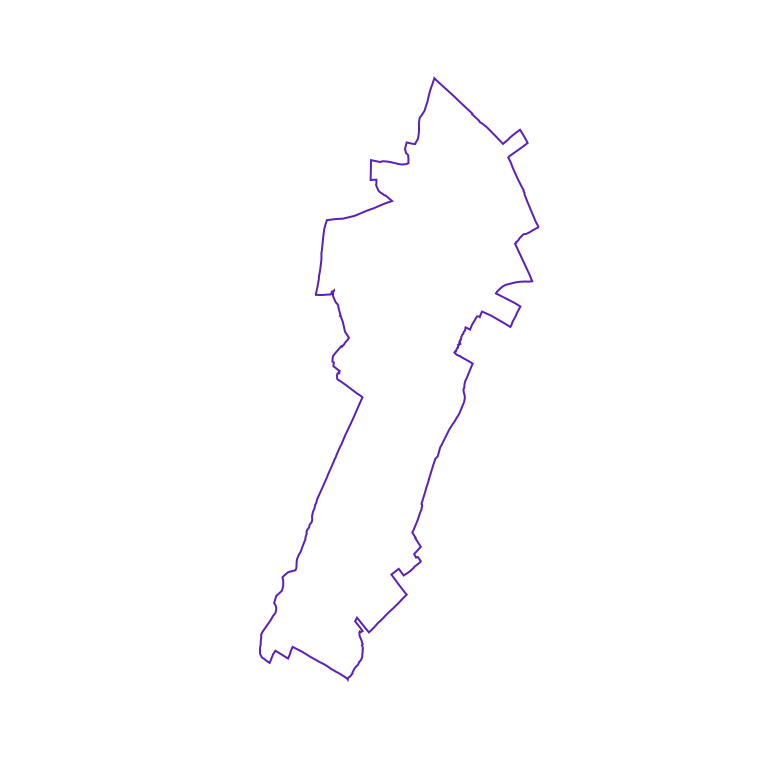 the district of Vutcani, Vaslui, Romania, rotated 234°
{"feature_id": "2599482B53104310937331", "entity_name": "Vutcani", "entity_type": "district", "adm_level": 2, "iso_a3": "ROU", "parent_name": "Romania", "parent_adm1": "Vaslui", "projection": "equal_earth", "projection_center": [27.986, 46.445], "detail": "fine", "context": "isolated", "style": "outline", "palette": "violet", "viewbox_px": 768, "rotation_deg": 234, "n_neighbors": 0, "source": "geoboundaries", "source_scale": "gbopen_adm2", "svg_char_len": 6142}
<svg xmlns="http://www.w3.org/2000/svg" viewBox="0 0 768 768"><g transform="rotate(234 384 384)"><path d="M601.8,604.4L601.3,603.9L594.5,594.1L591.0,589.8L586.6,584.8L585.3,582.8L581.3,577.5L579.5,573.1L578.6,570.1L578.2,569.2L577.7,568.6L574.9,565.9L569.3,561.9L566.8,559.9L562.9,556.2L562.4,555.5L560.6,551.6L559.8,550.4L561.0,548.8L566.1,544.3L561.6,538.9L560.3,538.7L558.3,537.6L555.8,538.0L554.8,538.0L551.3,535.8L548.3,533.5L549.0,530.8L551.0,527.6L554.0,524.4L554.9,523.9L555.6,523.3L560.2,519.2L562.5,516.9L565.0,513.8L565.3,513.1L565.8,511.4L572.7,505.1L556.9,493.1L555.0,496.1L553.7,497.9L550.1,495.2L550.0,494.8L548.5,494.2L544.0,493.2L541.9,493.4L537.5,495.0L536.4,495.2L535.9,495.6L535.8,496.0L527.3,498.1L527.8,496.4L527.9,495.4L528.3,494.9L529.7,490.1L532.2,479.1L534.4,471.6L536.7,461.5L537.5,458.6L541.8,448.2L546.4,440.9L549.0,436.1L550.1,434.2L547.1,429.9L544.6,426.9L539.2,421.7L528.6,412.3L526.8,410.4L522.2,407.1L521.0,406.1L513.2,398.8L510.7,396.2L510.1,395.3L506.9,392.7L501.1,386.6L496.7,381.6L496.6,380.8L496.7,380.6L495.0,382.8L494.1,383.8L491.5,387.6L489.1,391.6L487.8,393.3L487.8,394.1L489.3,395.9L489.4,396.3L488.9,397.5L489.1,398.6L488.9,398.5L488.3,397.0L487.4,396.2L485.2,394.5L479.4,393.1L477.3,393.1L475.8,393.3L474.4,393.1L471.8,391.7L465.4,389.3L465.0,388.6L464.7,389.0L459.7,387.5L459.0,387.4L449.2,383.2L441.9,382.8L441.6,381.5L441.2,380.9L440.3,376.6L439.5,375.1L438.9,372.2L439.6,372.3L439.7,371.8L437.6,362.7L436.5,359.1L435.4,357.9L432.5,355.5L430.9,356.1L428.2,353.5L420.7,355.7L420.7,355.2L420.0,354.2L419.2,354.4L418.9,354.1L419.0,353.7L419.6,353.4L419.8,353.1L419.5,352.0L417.9,350.4L415.6,349.2L415.1,349.1L413.8,349.5L412.8,350.1L408.5,351.6L391.3,356.9L389.2,357.8L385.9,358.8L380.8,349.9L373.2,337.0L372.7,335.9L371.6,334.2L370.6,332.1L367.4,326.3L365.9,323.5L361.1,315.5L360.0,313.9L359.4,312.3L355.0,304.7L352.7,301.2L352.3,300.1L350.6,297.5L344.8,287.5L344.1,286.1L342.5,283.8L336.9,274.2L330.0,262.1L329.2,261.1L327.7,259.4L327.1,258.4L327.0,257.8L326.2,256.8L324.0,254.4L322.5,251.6L322.1,251.1L321.3,250.3L319.6,248.3L316.5,246.2L315.6,245.4L314.6,243.9L313.9,241.3L313.6,240.7L312.2,239.4L311.8,238.5L311.4,236.9L310.8,235.7L309.6,234.1L308.3,233.5L306.1,230.4L304.3,228.8L302.9,226.4L296.9,217.3L296.2,215.2L293.4,210.7L291.6,208.9L286.7,205.0L285.5,203.2L285.6,202.1L287.2,198.4L288.1,195.6L287.8,191.5L287.3,188.3L283.9,186.7L279.9,183.8L277.6,181.0L276.7,179.6L275.8,172.1L274.4,170.4L271.5,166.4L269.3,166.3L266.7,165.5L264.6,164.0L262.5,161.5L261.6,157.9L259.5,153.4L255.1,140.5L253.5,137.3L251.2,135.8L248.0,132.8L245.6,131.0L244.0,129.1L241.5,127.2L238.5,125.1L234.6,124.5L233.2,124.9L232.1,125.5L230.5,125.8L226.4,127.2L225.6,127.6L230.5,135.4L232.0,139.4L218.3,145.0L220.1,148.1L223.1,152.3L225.0,155.6L215.6,160.3L210.2,162.6L206.1,164.2L204.2,165.2L202.6,165.8L201.4,166.6L200.4,166.9L199.1,167.6L198.5,167.7L191.7,171.2L185.6,173.5L184.8,173.6L181.1,175.4L179.8,175.8L177.9,176.9L170.7,179.9L168.6,180.5L167.7,181.1L166.2,181.0L167.2,182.0L167.4,182.6L167.3,184.8L167.6,185.4L167.6,186.0L168.2,187.2L168.1,188.1L168.3,188.3L169.1,188.8L171.0,192.7L171.8,195.0L172.2,198.0L173.9,200.9L173.9,202.4L174.6,203.5L174.8,204.2L175.9,205.9L176.7,206.4L177.6,207.3L178.7,208.1L179.2,208.8L180.0,209.3L180.6,210.0L181.6,210.4L182.2,211.3L184.1,212.3L185.7,212.6L186.2,214.0L188.2,214.3L189.0,214.9L192.9,215.8L195.2,216.5L196.7,217.7L197.5,218.0L198.0,218.9L197.0,219.1L196.8,219.7L196.7,221.4L201.3,221.5L209.0,221.1L210.8,224.8L191.9,225.8L192.8,232.6L193.3,234.6L193.7,236.9L194.0,237.4L194.4,239.7L194.4,240.7L194.7,243.1L195.3,247.0L195.6,248.2L196.1,250.8L197.0,257.9L197.0,258.7L197.6,262.9L197.9,263.8L197.9,265.6L198.2,266.3L198.2,267.2L198.4,267.8L199.5,273.4L199.9,276.9L200.3,278.6L201.7,278.4L214.6,278.0L225.5,278.0L225.8,287.3L217.5,287.4L217.2,294.2L217.3,295.7L217.8,299.8L218.3,301.4L218.3,303.9L218.6,308.0L218.7,309.2L219.0,309.6L222.5,309.7L224.3,309.5L224.5,309.2L224.7,307.9L228.6,308.4L228.7,308.5L230.7,318.1L241.1,318.7L241.1,319.2L247.2,319.6L248.7,322.4L254.4,331.7L258.7,337.6L259.6,339.1L260.1,340.1L263.1,343.4L263.6,343.7L265.0,343.9L271.9,353.1L275.0,357.0L278.8,362.3L279.8,363.4L289.2,375.8L292.7,380.8L293.3,381.6L293.5,382.5L293.9,385.0L299.7,392.2L300.9,394.9L308.6,409.6L311.5,416.9L312.1,418.9L313.9,422.9L315.3,426.5L316.3,428.4L322.5,438.4L325.4,441.4L326.2,441.9L328.3,442.9L330.1,443.5L332.9,445.0L333.3,445.9L334.2,447.1L336.3,448.8L338.6,451.4L339.7,453.7L346.5,464.5L348.3,467.7L351.5,466.5L358.1,463.4L361.1,462.1L361.3,462.2L361.9,461.9L362.0,461.6L365.3,459.9L366.5,459.6L368.1,459.6L368.0,460.1L368.7,460.9L368.7,461.2L368.2,461.5L369.9,463.9L370.1,464.6L370.1,464.8L369.9,465.1L370.2,465.5L371.0,466.0L371.1,466.6L371.4,467.0L372.0,467.1L371.6,467.8L371.8,468.1L372.2,468.3L372.2,468.6L371.6,469.0L371.5,469.4L372.4,469.6L373.1,469.3L373.5,469.4L373.6,469.6L373.7,470.4L374.5,470.7L374.7,470.9L374.6,471.5L374.8,472.5L376.8,474.3L377.4,475.6L377.9,476.2L377.9,477.2L378.1,477.8L379.2,478.9L379.4,479.4L379.5,480.5L379.7,481.1L380.4,481.7L380.9,482.5L381.7,483.0L381.9,483.3L377.4,485.6L380.1,489.8L381.8,493.9L384.0,498.8L382.9,500.5L381.9,500.8L384.2,504.4L385.0,505.9L376.0,511.0L361.6,517.4L355.9,519.7L356.0,520.2L356.9,521.9L358.6,524.3L361.7,530.8L363.2,533.2L366.5,539.9L373.0,537.2L391.5,527.8L392.3,530.0L393.0,534.8L393.1,537.1L392.8,540.1L392.6,541.0L388.7,550.6L387.5,552.8L386.2,555.1L384.8,557.0L384.4,557.9L381.8,561.1L380.0,564.3L387.4,566.1L420.5,572.5L420.4,573.9L420.7,574.3L421.0,574.4L420.9,574.6L421.4,577.3L421.7,578.2L422.3,579.4L423.1,584.7L422.8,585.5L421.8,587.5L421.2,590.8L420.8,595.8L420.1,600.8L420.2,601.0L420.6,601.4L426.3,602.2L446.3,606.9L454.7,609.1L455.5,609.5L456.1,610.0L457.7,610.1L458.7,610.9L463.0,611.4L472.2,612.9L483.5,615.3L489.7,617.0L494.2,617.6L494.6,619.3L494.4,633.9L494.5,641.8L497.2,642.3L504.1,643.1L509.7,643.5L509.7,637.9L509.5,633.4L509.2,629.9L508.8,628.1L508.3,621.4L518.2,620.1L531.4,618.1L537.5,616.4L539.3,615.5L539.8,615.5L541.1,615.7L550.4,613.8L550.7,614.4L565.8,611.5L579.4,609.0L593.9,605.9L601.8,604.4Z" fill="none" stroke="#5b21b6" stroke-width="2"/></g></svg>